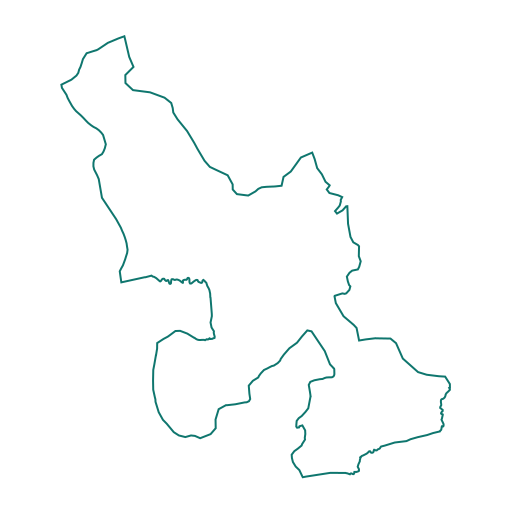 Shar'ab As Salam, Ta`izz, Yemen, rotated 179°
{"feature_id": "15242507B43426345122943", "entity_name": "Shar'ab As Salam", "entity_type": "district", "adm_level": 2, "iso_a3": "YEM", "parent_name": "Yemen", "parent_adm1": "Ta`izz", "projection": "orthographic", "projection_center": [43.887, 13.783], "detail": "fine", "context": "isolated", "style": "outline", "palette": "teal", "viewbox_px": 512, "rotation_deg": 179, "n_neighbors": 0, "source": "geoboundaries", "source_scale": "gbopen_adm2", "svg_char_len": 5988}
<svg xmlns="http://www.w3.org/2000/svg" viewBox="0 0 512 512"><g transform="rotate(179 256 256)"><path d="M64.4,120.9L64.4,124.6L69.0,132.1L75.3,132.6L87.4,134.3L96.0,137.1L111.0,150.9L117.5,166.4L123.0,171.1L137.5,171.6L137.8,171.7L147.7,170.7L154.4,169.7L156.7,182.3L159.5,185.4L169.5,194.2L171.7,198.1L177.0,207.5L178.2,214.3L178.0,214.8L170.3,217.1L168.0,216.6L166.4,217.1L163.2,220.5L162.2,224.0L163.4,225.3L164.6,229.0L165.5,233.8L162.8,237.6L160.1,239.7L154.4,240.8L153.0,243.4L151.4,248.9L153.2,254.0L152.8,263.9L153.9,265.2L158.5,268.0L161.2,273.4L163.4,286.6L163.8,304.2L165.0,304.1L168.7,300.1L174.3,297.0L176.2,299.5L173.0,303.0L171.4,305.0L170.2,309.0L170.3,310.6L168.8,313.4L172.8,315.3L181.5,317.7L184.1,321.3L181.7,324.3L181.1,325.4L185.2,329.0L188.7,336.5L193.3,342.8L195.7,352.0L198.0,358.4L209.4,353.7L219.4,340.3L219.8,339.8L227.1,334.6L229.2,325.8L235.9,325.2L244.0,325.0L249.1,324.6L252.5,323.1L255.4,320.6L262.7,316.6L265.0,316.9L274.0,318.2L275.4,319.8L278.1,322.9L278.1,328.0L282.9,337.2L295.2,343.2L300.6,345.9L305.8,352.1L312.7,364.2L315.8,370.2L322.7,382.1L332.1,394.1L336.2,400.9L336.7,405.4L338.1,410.5L344.7,415.9L359.1,421.5L376.1,424.0L383.5,431.2L383.5,439.2L375.2,447.2L379.3,457.3L383.0,474.5L383.8,478.0L389.9,475.9L400.4,471.7L408.9,466.2L410.5,465.2L411.6,464.7L421.8,461.7L425.6,455.9L426.9,451.8L428.2,448.1L429.6,445.4L430.5,442.2L432.4,439.5L435.2,437.3L437.5,435.5L447.6,430.7L447.1,427.5L442.7,420.5L441.6,417.4L440.2,414.6L437.3,409.2L435.3,406.3L433.4,404.0L428.6,399.6L426.1,397.0L423.6,394.2L421.5,392.0L418.6,389.6L416.2,387.9L413.4,386.4L410.9,384.5L408.6,382.1L406.8,379.7L404.2,370.3L405.3,366.3L406.7,363.0L408.3,360.5L411.2,358.9L413.7,357.2L416.2,355.1L416.9,352.0L417.0,348.5L416.3,345.3L413.5,339.6L411.9,335.7L409.0,316.9L395.2,295.3L390.6,286.6L389.4,283.5L388.1,280.6L386.9,277.2L386.0,274.2L385.2,271.0L384.8,267.8L384.3,264.5L384.8,261.2L385.9,258.0L386.9,254.9L389.2,249.0L390.9,246.1L392.5,243.1L391.7,236.6L391.1,232.0L367.7,236.7L366.9,236.7L360.8,238.2L359.7,237.3L358.2,236.9L356.1,235.6L352.6,232.4L352.1,232.3L351.3,232.9L350.7,233.9L349.9,234.7L349.3,234.9L348.5,234.9L348.1,234.7L347.8,234.0L347.3,233.4L346.5,232.7L346.1,232.6L345.5,232.8L345.2,233.3L344.8,233.4L344.3,233.4L344.0,232.9L343.3,230.5L342.9,229.8L342.5,229.7L342.0,229.7L341.5,230.3L341.3,232.4L341.1,233.3L340.9,234.0L340.4,234.3L339.3,234.2L338.6,233.9L338.2,233.6L337.7,233.5L337.3,233.5L336.4,233.8L335.6,233.9L334.7,233.7L333.7,233.3L332.6,232.7L331.2,231.5L330.8,231.1L330.2,230.8L329.9,230.5L329.5,230.6L329.5,232.7L328.8,233.2L327.6,233.5L327.0,233.5L326.5,233.4L326.0,233.4L325.7,233.6L325.3,234.1L325.1,234.7L324.7,235.2L324.4,235.3L324.0,235.3L323.3,234.9L323.0,233.9L323.0,232.3L323.0,231.5L322.9,230.7L322.7,230.2L322.3,229.6L321.8,229.6L321.1,229.7L320.3,230.3L318.7,231.6L316.7,232.9L316.1,233.1L315.5,233.1L315.0,233.0L314.7,232.7L314.6,232.1L314.0,231.2L313.2,230.8L311.5,230.1L310.9,230.1L310.4,230.4L310.1,231.1L310.0,232.0L309.5,232.7L309.0,233.0L307.6,231.7L307.0,230.9L306.2,230.2L305.2,226.9L303.9,224.5L303.2,222.8L302.5,219.2L302.4,215.5L302.2,215.2L301.2,198.8L301.2,196.6L302.6,190.3L301.7,185.3L300.7,183.6L299.5,181.7L299.4,181.1L299.6,180.1L299.4,178.8L298.7,176.0L298.9,174.8L299.4,174.6L300.2,174.5L300.9,174.0L302.6,173.8L303.2,173.8L303.5,174.3L303.9,174.5L304.4,174.1L304.7,173.7L304.9,173.6L305.4,173.6L305.6,173.4L306.1,173.4L306.8,173.6L308.4,172.7L309.1,173.0L310.1,173.1L311.3,173.1L312.5,173.0L314.4,173.0L316.1,173.4L317.9,174.4L318.9,175.3L319.3,175.3L326.0,179.6L333.2,182.5L337.9,182.4L343.3,178.5L345.6,176.9L349.9,174.7L356.3,170.7L356.5,165.1L357.7,158.5L357.8,158.5L359.6,149.1L360.7,143.9L361.1,133.3L361.1,124.1L359.6,116.6L359.1,114.5L359.0,111.9L356.0,101.5L351.9,93.8L348.2,89.9L341.3,81.3L336.2,77.9L329.8,76.2L324.1,77.7L320.2,77.2L315.0,74.8L304.5,78.7L299.3,84.5L299.3,93.2L296.0,103.5L288.6,107.4L287.8,107.3L279.3,108.1L270.0,109.8L267.9,109.9L265.6,110.9L264.3,113.1L265.0,118.4L265.5,126.5L261.3,131.3L255.9,134.5L255.1,136.1L253.3,138.5L250.0,141.9L246.6,143.4L244.3,144.6L242.0,145.7L240.1,146.1L236.2,148.5L233.7,151.0L233.1,152.6L229.8,157.0L224.2,163.2L216.5,168.6L211.5,174.7L206.0,180.7L201.8,179.7L188.9,159.7L183.9,146.4L180.6,142.8L180.5,142.5L179.9,142.1L179.7,141.1L179.7,137.9L179.7,136.5L180.0,135.3L180.6,134.3L181.9,133.5L182.8,133.4L185.5,133.4L187.7,133.3L189.5,132.8L191.6,131.9L194.4,131.7L199.9,130.7L203.9,129.2L205.5,126.2L204.4,119.0L203.9,115.0L204.0,115.0L204.0,114.3L206.4,102.8L209.3,99.2L213.1,95.2L216.1,93.1L218.2,90.4L218.6,86.8L218.7,84.7L217.9,83.6L215.9,83.9L215.5,85.0L212.6,85.8L209.9,80.8L209.8,77.1L210.4,73.3L210.2,71.6L213.2,67.1L213.7,65.7L217.6,62.6L221.1,60.2L223.8,56.7L223.6,53.4L222.7,49.4L220.0,44.8L216.4,41.2L213.6,35.0L213.1,34.0L209.6,34.6L185.4,37.9L170.0,37.5L169.7,37.3L168.5,37.1L165.9,36.1L165.3,36.8L164.7,37.0L164.0,36.8L163.2,36.3L162.2,36.2L161.6,37.0L161.6,37.7L161.4,38.4L160.4,38.4L159.4,38.3L157.5,38.9L156.8,39.4L156.8,40.1L156.8,41.1L158.0,43.5L157.2,46.0L155.8,48.9L155.7,50.3L155.4,51.1L155.2,51.9L155.4,52.8L155.0,53.2L154.4,53.3L154.1,53.9L153.5,54.3L152.4,54.7L148.9,56.4L147.6,57.4L146.5,58.6L145.9,58.8L145.4,58.8L145.0,58.4L144.9,57.9L144.4,57.4L143.5,57.2L142.7,57.4L142.3,57.7L141.9,58.2L141.6,59.7L141.3,60.2L140.7,60.1L140.3,59.7L139.3,59.5L138.6,59.6L137.5,60.6L136.7,60.8L135.6,61.4L135.0,62.4L134.3,63.3L130.5,64.2L120.5,67.1L108.8,68.3L104.7,70.1L97.6,72.0L88.0,74.0L82.0,75.9L75.2,77.4L75.0,78.0L74.3,78.5L73.9,79.0L73.7,79.6L73.2,82.3L73.0,82.6L72.6,82.6L72.5,82.3L72.2,82.2L71.9,82.3L71.6,82.6L71.4,83.4L71.4,84.6L71.7,85.4L72.1,86.3L73.4,89.1L73.0,90.0L72.0,94.1L72.2,94.5L73.1,94.7L73.7,95.2L73.6,95.9L73.0,96.9L72.1,97.7L72.0,98.8L74.5,100.9L74.4,101.8L73.4,103.6L73.4,104.5L73.7,106.9L73.6,108.4L73.3,109.2L72.6,109.7L71.8,109.8L70.9,110.3L69.8,111.3L69.0,113.0L68.8,114.2L68.0,115.5L66.0,117.3L64.5,118.8L64.5,119.4L65.1,120.7L64.4,120.9Z" fill="none" stroke="#0f766e" stroke-width="2"/></g></svg>